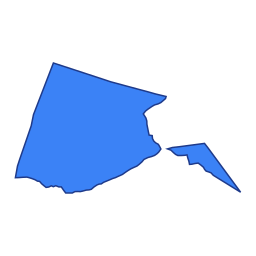 Joaquim Gomes, Alagoas, Brazil
{"feature_id": "56859067B41171475234943", "entity_name": "Joaquim Gomes", "entity_type": "district", "adm_level": 2, "iso_a3": "BRA", "parent_name": "Brazil", "parent_adm1": "Alagoas", "projection": "albers", "projection_center": [-35.737, -9.072], "detail": "fine", "context": "isolated", "style": "filled", "palette": "blue", "viewbox_px": 256, "rotation_deg": 0, "n_neighbors": 0, "source": "geoboundaries", "source_scale": "gbopen_adm2", "svg_char_len": 1535}
<svg xmlns="http://www.w3.org/2000/svg" viewBox="0 0 256 256"><path d="M53.4,63.0L33.5,114.6L31.2,125.9L19.5,159.9L18.7,162.4L17.5,166.0L15.4,177.7L18.6,177.6L22.5,177.3L26.8,177.1L28.9,177.6L31.8,178.5L35.2,179.8L37.4,181.1L39.6,181.4L41.7,183.8L44.3,186.0L46.1,187.4L48.8,187.0L51.3,185.8L53.3,186.7L55.8,185.7L58.8,186.9L61.3,186.9L63.8,190.5L65.7,193.0L69.0,193.0L72.3,193.0L74.9,191.6L77.8,191.5L80.4,191.6L83.0,191.0L86.3,190.1L89.0,189.9L91.3,189.3L94.2,186.8L97.1,184.9L99.1,184.1L101.3,183.9L103.6,182.3L106.8,181.0L109.7,179.8L112.7,178.5L115.5,177.6L117.6,176.6L120.1,175.5L122.5,174.4L125.4,172.3L128.1,170.5L130.9,168.8L134.1,167.3L136.9,166.1L139.2,164.3L141.9,161.9L144.0,159.4L146.1,158.4L148.0,157.5L151.4,156.6L154.6,155.4L156.9,153.8L158.6,152.2L160.9,149.0L159.5,146.3L158.3,144.3L155.6,142.8L153.8,141.1L152.5,138.6L152.2,135.6L149.1,135.1L148.3,131.4L147.6,127.8L146.9,124.2L146.8,121.0L145.9,118.0L143.3,113.9L145.5,111.1L147.9,109.2L150.1,107.7L152.0,106.4L154.6,104.9L158.1,103.9L160.8,102.6L163.3,100.5L165.5,98.6L166.1,96.5L155.7,94.0L146.8,91.5L137.4,89.0L124.8,85.6L120.8,84.5L110.7,81.8L103.8,79.5L53.4,63.0ZM240.6,192.2L222.7,167.9L207.7,147.5L204.5,143.4L178.7,146.8L172.4,147.5L167.5,148.9L171.0,150.2L173.7,152.8L175.6,154.4L177.8,155.5L181.4,155.5L184.8,155.3L187.0,154.9L187.8,158.0L188.9,161.3L189.5,164.4L191.9,164.2L195.0,163.5L198.2,163.1L200.8,165.0L203.5,167.3L204.6,169.4L206.1,171.1L208.9,172.0L211.0,172.8L213.3,175.3L240.6,192.2Z" fill="#3b82f6" stroke="#1e3a8a" stroke-width="1.5"/></svg>